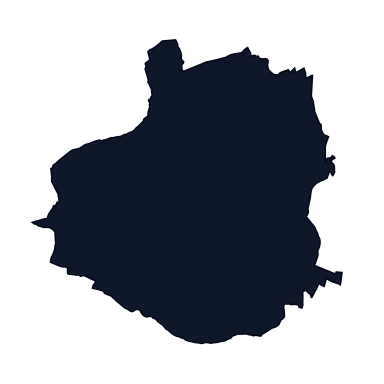 Martinesti, Hunedoara, Romania, rotated 95°
{"feature_id": "2599482B2087288653186", "entity_name": "Martinesti", "entity_type": "district", "adm_level": 2, "iso_a3": "ROU", "parent_name": "Romania", "parent_adm1": "Hunedoara", "projection": "equal_earth", "projection_center": [23.115, 45.787], "detail": "fine", "context": "isolated", "style": "filled", "palette": "ink", "viewbox_px": 384, "rotation_deg": 95, "n_neighbors": 0, "source": "geoboundaries", "source_scale": "gbopen_adm2", "svg_char_len": 5922}
<svg xmlns="http://www.w3.org/2000/svg" viewBox="0 0 384 384"><g transform="rotate(95 192 192)"><path d="M284.1,308.7L284.6,307.0L284.7,301.2L284.9,299.8L284.6,297.3L284.7,297.0L285.6,295.9L285.7,295.5L285.4,294.4L284.7,293.5L284.6,293.1L285.2,290.4L285.9,289.3L285.9,288.6L287.9,283.7L288.7,281.0L289.2,280.5L289.6,280.4L291.4,280.9L292.6,281.7L293.9,282.3L295.9,282.8L296.4,282.9L296.6,282.7L297.2,277.0L297.9,274.4L298.3,272.5L298.6,271.7L299.0,271.3L299.8,270.9L300.6,270.2L301.3,268.3L302.0,265.7L302.3,265.0L302.4,264.0L302.7,263.4L303.9,262.1L305.0,260.4L307.3,257.6L311.3,251.8L313.1,249.3L313.8,247.8L314.4,245.9L316.2,242.6L316.4,241.6L316.3,241.1L315.7,239.8L314.3,238.3L314.0,237.8L313.8,237.1L313.8,236.0L314.0,234.3L314.3,233.8L315.1,233.1L317.1,231.9L318.3,230.7L319.2,229.6L319.8,228.6L320.2,227.5L320.3,226.0L320.2,225.0L319.5,223.7L319.5,223.2L319.6,221.5L319.8,221.0L321.0,219.9L321.1,219.5L321.0,218.9L321.3,218.3L321.2,218.2L322.6,216.2L323.4,215.5L324.3,214.3L327.7,208.9L330.8,206.1L330.9,205.3L332.8,202.3L333.9,201.0L335.4,198.6L336.9,195.3L337.4,192.2L337.8,190.7L338.1,190.2L338.3,190.2L338.3,189.2L338.6,187.9L340.3,184.6L341.1,181.0L340.9,179.6L341.2,179.3L341.7,175.5L341.7,173.8L341.8,171.7L342.1,169.7L342.0,168.9L341.6,167.5L340.7,165.6L340.7,162.3L341.0,160.7L340.9,159.9L340.1,156.6L339.7,153.9L338.5,150.6L337.3,146.1L336.6,144.9L335.8,144.0L334.4,141.0L334.4,140.7L332.7,139.8L331.9,139.0L330.9,136.6L329.6,134.5L329.5,133.9L329.5,132.4L328.9,127.8L328.7,125.2L329.2,123.1L329.1,122.0L329.9,117.9L329.3,116.9L329.2,116.3L329.6,111.0L329.4,110.7L328.3,110.3L327.7,109.9L323.9,104.5L322.1,102.3L320.6,100.3L319.3,97.3L317.3,94.6L316.4,93.9L313.3,92.8L312.1,92.3L311.6,91.9L310.6,90.8L308.8,89.4L307.8,89.1L307.1,89.1L303.3,89.6L300.9,90.1L299.6,90.6L298.1,90.7L296.5,90.4L295.7,89.8L295.3,89.0L295.3,88.5L295.4,87.0L295.1,86.2L295.2,84.7L295.6,83.2L295.0,80.6L295.1,76.9L295.2,76.4L295.4,76.2L297.2,75.4L297.6,74.8L298.0,72.3L294.7,71.7L294.6,71.9L284.9,72.6L283.0,73.0L281.1,72.6L280.3,70.0L281.4,68.1L282.8,67.0L283.3,65.3L286.4,64.2L286.6,63.5L277.5,59.5L271.9,57.7L272.4,57.0L273.2,55.8L274.6,52.1L266.6,50.6L269.0,45.0L270.8,37.7L271.6,36.1L259.1,35.5L259.1,41.4L261.2,41.7L260.3,44.9L254.6,63.4L252.5,63.3L252.2,62.9L244.6,61.1L241.9,61.2L241.5,61.4L240.5,61.5L239.4,62.0L239.0,61.3L238.7,61.2L237.7,61.1L236.8,60.6L233.6,60.0L230.7,60.0L227.8,60.6L224.8,62.4L221.7,63.5L218.9,65.5L218.3,65.7L216.6,66.5L214.5,68.3L213.3,69.7L209.5,73.2L208.5,74.3L207.5,75.1L207.2,75.8L207.6,76.3L202.6,74.4L201.0,74.5L199.3,74.9L198.0,75.0L187.7,73.7L180.1,73.4L176.8,72.3L172.5,69.0L169.9,65.0L168.3,61.8L166.1,58.5L164.8,58.3L159.6,56.7L160.7,54.9L162.2,54.6L163.4,53.2L162.5,52.8L162.0,53.0L161.6,52.3L159.6,51.6L157.8,52.1L156.5,52.1L153.7,52.5L151.9,53.6L149.5,56.5L148.0,55.3L146.9,54.3L146.5,53.5L145.9,52.6L145.1,52.9L144.3,53.7L143.6,55.5L144.4,55.6L145.6,56.8L145.9,57.3L146.1,57.3L146.4,59.9L149.7,61.9L134.7,63.2L130.6,62.4L125.0,60.8L123.3,65.9L120.3,67.7L119.7,68.3L118.2,68.7L114.7,69.0L113.4,69.4L112.8,70.9L100.6,77.1L99.9,77.0L90.6,79.3L86.1,81.5L65.5,82.1L65.2,82.4L68.3,87.3L67.5,88.8L63.8,89.2L58.9,91.3L64.0,98.8L59.6,100.6L64.6,104.6L61.8,106.6L64.6,112.9L65.9,115.0L66.6,115.3L67.6,116.4L67.9,117.2L68.0,120.4L66.9,122.2L64.7,125.1L63.4,126.3L62.4,126.9L60.7,127.3L59.7,127.7L57.7,127.8L56.6,127.5L54.7,127.6L54.2,127.9L52.9,129.0L52.8,131.0L53.2,132.7L53.4,133.1L52.8,136.9L51.7,137.3L50.9,137.8L51.0,138.8L51.3,139.8L51.0,140.4L50.5,140.9L50.5,142.6L51.1,144.7L51.4,145.3L51.4,146.2L49.0,145.5L48.1,146.0L44.1,148.7L43.3,149.1L44.5,151.1L45.6,151.9L45.9,152.5L48.1,153.9L49.3,155.5L49.3,156.0L50.8,162.2L52.3,166.1L54.3,169.2L54.9,169.9L57.6,177.5L59.4,182.9L61.2,188.9L72.2,210.2L72.1,212.7L70.7,212.6L67.5,213.2L65.8,212.9L64.3,211.8L63.1,211.6L60.5,214.3L57.5,214.4L56.1,214.5L53.0,215.7L51.6,216.5L50.7,216.9L47.8,219.3L46.5,219.0L42.2,221.3L41.9,222.0L44.2,234.8L48.1,238.4L51.3,242.0L53.5,245.1L53.7,246.1L55.3,247.8L56.5,248.1L62.4,245.9L64.3,245.8L67.1,248.9L67.5,249.1L67.5,249.6L68.1,249.7L68.8,249.6L69.3,249.2L71.6,248.7L73.1,249.4L74.0,249.3L80.8,246.5L82.3,246.1L84.3,245.3L86.3,245.6L86.7,245.1L89.6,243.2L90.8,242.9L91.2,242.3L93.6,241.2L95.1,240.9L96.5,240.9L98.2,240.1L99.2,240.3L103.4,242.0L103.8,243.2L104.4,243.3L105.2,243.2L105.9,242.4L106.9,241.9L108.4,242.0L111.2,241.6L111.8,241.7L112.3,242.0L112.8,242.1L115.1,242.2L115.6,242.6L116.0,242.7L116.7,242.6L117.2,242.7L118.1,242.4L118.8,242.7L120.1,242.5L123.0,245.9L124.0,246.5L124.7,246.4L125.0,246.4L128.1,248.7L130.8,250.9L133.3,253.5L135.4,254.9L136.1,255.8L136.3,255.6L136.9,256.8L137.4,257.5L138.4,259.8L138.8,260.5L140.1,261.9L140.3,262.3L140.4,263.6L142.9,268.2L144.1,273.5L144.9,275.6L144.9,276.9L145.9,279.5L147.0,281.6L147.4,282.6L147.6,283.0L147.9,284.5L148.7,285.6L148.8,286.5L148.5,287.7L148.6,288.0L148.3,288.6L148.5,288.7L148.5,289.1L148.8,289.9L149.6,292.3L150.2,293.4L150.4,293.6L150.4,294.1L151.1,295.7L152.7,298.5L153.3,300.0L153.5,301.3L154.2,302.5L155.0,303.8L156.9,305.9L158.0,307.6L158.8,309.5L160.3,314.0L161.9,316.6L170.1,325.2L172.0,327.2L173.5,328.4L174.0,328.9L175.7,330.5L176.5,331.7L177.1,332.2L178.2,332.9L180.2,333.2L180.9,334.7L188.5,333.1L191.3,333.0L194.2,332.6L194.9,331.9L200.6,328.5L205.4,325.4L213.2,323.4L213.6,323.5L213.9,325.3L214.6,325.7L216.2,326.0L217.3,327.2L217.6,328.5L218.4,329.0L220.2,329.2L223.5,331.4L227.4,333.2L230.6,333.9L231.3,334.7L231.3,335.4L231.6,335.7L231.6,336.8L233.4,341.1L233.8,342.3L234.1,342.8L234.3,343.6L234.4,344.2L236.2,348.5L237.5,346.3L237.7,344.5L239.1,342.3L239.3,340.7L240.2,336.6L240.2,335.8L239.8,334.7L239.9,332.9L239.7,331.1L241.2,327.9L243.6,325.0L247.3,324.6L251.9,323.9L255.0,323.3L256.4,323.6L261.2,323.8L265.8,325.0L268.9,326.3L272.2,326.9L274.3,326.9L277.3,317.4L277.8,314.9L277.6,312.3L278.1,310.6L278.0,309.7L278.9,309.3L281.9,309.1L284.1,308.7Z" fill="#0f172a" stroke="#020617" stroke-width="1.5"/></g></svg>